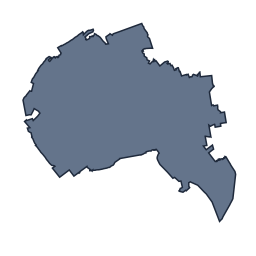 Dundagas pag., Dundagas, Latvia (orthographic projection), rotated 264°
{"feature_id": "27541924B42832973938104", "entity_name": "Dundagas pag.", "entity_type": "district", "adm_level": 2, "iso_a3": "LVA", "parent_name": "Latvia", "parent_adm1": "Dundagas", "projection": "orthographic", "projection_center": [22.38, 57.54], "detail": "fine", "context": "isolated", "style": "filled", "palette": "slate", "viewbox_px": 256, "rotation_deg": 264, "n_neighbors": 0, "source": "geoboundaries", "source_scale": "gbopen_adm2", "svg_char_len": 5537}
<svg xmlns="http://www.w3.org/2000/svg" viewBox="0 0 256 256"><g transform="rotate(264 128 128)"><path d="M85.8,69.2L88.8,74.3L88.2,74.6L88.7,75.4L89.6,75.5L94.1,83.2L93.0,83.4L91.0,85.7L89.6,85.5L89.6,85.9L89.8,86.1L89.7,86.2L90.0,86.4L89.7,86.6L89.6,86.9L89.4,87.1L89.5,87.3L89.3,87.5L89.5,87.5L89.4,87.7L89.5,87.7L89.7,87.9L89.6,88.1L89.7,88.3L89.7,88.5L89.8,88.6L89.5,88.6L89.5,90.0L89.4,90.8L89.6,91.7L89.6,93.6L89.5,94.7L89.9,98.9L90.2,99.7L90.1,100.0L90.2,101.1L90.4,103.0L90.8,104.3L90.7,105.2L91.3,106.6L91.8,107.0L92.7,109.5L93.6,110.3L95.2,111.3L98.3,116.9L98.5,116.8L99.9,136.3L100.0,138.4L99.9,138.4L100.3,139.7L100.5,140.4L101.0,141.4L101.3,142.0L101.3,143.2L102.5,143.6L102.9,146.5L102.9,147.3L102.7,148.5L103.0,148.6L103.3,149.2L103.7,149.9L103.6,150.1L103.7,150.6L103.5,151.0L103.6,151.3L103.2,151.4L103.2,151.5L103.2,151.8L103.2,152.3L103.4,152.4L103.3,152.7L103.6,152.9L103.7,153.2L103.4,153.2L103.5,153.4L103.7,153.9L101.7,155.3L99.7,156.3L99.2,155.7L98.7,155.3L96.7,154.3L95.6,153.9L94.6,153.8L93.2,154.1L89.4,155.5L88.2,156.1L80.0,162.6L73.3,167.4L73.8,168.4L73.7,168.7L73.9,169.0L73.7,169.3L73.8,169.4L69.6,173.1L69.7,175.1L63.4,175.9L62.7,174.9L62.5,173.7L60.8,172.8L60.1,172.1L59.9,172.3L60.3,172.8L59.4,173.2L58.4,176.0L60.0,178.7L59.4,179.3L62.0,182.8L62.3,183.1L63.6,182.4L67.2,182.7L68.0,184.4L67.6,184.8L63.8,191.4L56.4,197.1L54.2,199.0L45.6,203.9L25.5,209.3L27.5,211.6L27.8,212.1L29.7,213.1L41.3,221.4L41.6,221.5L44.2,223.3L46.7,224.9L70.7,230.2L73.6,229.8L80.6,226.2L81.2,226.1L83.0,225.2L89.1,222.4L89.3,222.2L89.3,221.9L89.4,221.6L89.1,221.7L89.0,221.4L88.8,221.4L88.7,221.1L88.4,221.0L88.2,220.8L88.2,220.5L88.5,220.6L88.5,220.2L88.2,220.1L87.8,219.9L87.7,220.3L87.5,219.9L87.5,219.6L87.3,219.5L87.1,219.1L87.4,219.1L87.6,218.4L87.5,218.2L87.5,217.9L87.5,217.4L87.4,217.0L87.5,216.5L87.1,216.5L87.7,215.8L87.6,215.6L87.4,215.8L87.2,215.7L87.6,214.6L87.4,214.4L86.7,214.5L86.4,214.7L86.4,214.4L86.5,213.7L86.2,213.2L85.7,213.1L85.9,212.7L86.0,212.6L85.6,212.5L85.4,212.3L85.4,212.1L85.7,211.9L85.6,211.2L94.8,205.6L97.4,209.8L98.0,210.9L102.2,210.2L98.2,203.5L102.2,201.1L102.4,204.6L111.7,203.9L111.7,204.2L110.6,207.9L110.7,208.0L110.6,208.6L110.8,208.8L110.4,209.5L122.4,208.7L121.1,210.1L122.0,212.3L122.6,214.3L122.4,214.4L122.4,214.6L119.7,214.8L120.1,220.5L122.8,220.4L123.0,222.8L123.1,226.2L133.8,225.6L133.5,221.7L133.7,221.8L134.6,221.7L136.6,219.5L138.4,219.2L139.5,219.5L141.4,219.4L141.1,215.5L142.1,215.0L141.6,213.5L155.3,212.7L158.2,215.2L159.4,216.6L160.3,218.0L161.0,217.8L160.9,217.2L162.7,217.0L162.9,216.7L171.4,216.7L171.4,207.2L171.4,205.3L176.1,205.3L175.9,204.8L175.2,204.4L174.1,203.3L174.0,202.7L173.5,202.7L173.1,203.0L172.4,202.6L173.3,201.2L174.5,198.7L173.8,197.7L173.1,197.5L172.3,197.0L172.3,195.9L172.4,195.6L172.3,195.4L172.2,194.8L171.9,194.6L171.8,194.3L175.2,193.4L174.7,191.8L175.1,191.7L174.2,186.7L178.8,185.7L178.7,185.1L182.7,184.3L182.8,184.0L182.0,181.8L180.9,182.0L180.5,180.2L183.0,179.6L185.8,178.4L185.5,177.3L187.8,176.5L187.5,174.0L188.1,173.6L188.8,174.7L189.9,175.0L190.4,174.4L189.8,171.3L186.4,166.2L191.9,162.9L191.5,161.8L193.3,161.6L193.3,160.6L193.5,160.5L192.5,160.2L191.4,160.1L191.6,159.2L189.4,156.6L190.3,155.1L192.4,156.4L193.8,154.1L195.9,154.0L197.8,151.7L200.0,151.8L200.7,150.8L201.9,150.2L203.2,149.9L203.5,150.6L203.1,151.2L204.4,151.0L205.2,152.7L204.9,153.1L205.2,154.0L205.0,158.8L204.7,160.8L214.8,158.7L216.2,157.4L217.0,157.0L217.3,157.0L218.3,157.5L218.6,157.6L218.9,157.5L219.7,157.1L220.6,157.1L225.0,154.5L225.8,154.3L227.0,154.2L228.2,153.3L230.5,152.6L224.5,128.6L223.2,123.1L221.9,122.2L223.6,120.0L223.4,119.9L221.0,115.6L219.7,115.6L218.7,115.8L213.8,117.4L213.7,116.7L213.8,116.2L213.7,115.6L213.6,115.1L213.6,114.7L213.8,114.5L214.3,114.6L217.0,112.3L221.1,109.8L223.0,107.7L223.1,107.1L224.4,106.1L225.2,104.7L224.9,104.7L222.7,102.9L223.4,102.0L222.6,101.6L222.9,99.4L221.1,99.2L220.7,98.3L219.9,96.0L220.4,95.2L221.4,95.6L221.9,95.4L222.5,95.0L223.1,94.8L223.9,96.1L224.0,96.4L224.4,97.0L225.1,97.6L225.3,98.1L225.8,98.7L227.3,103.1L228.8,103.9L229.9,103.6L229.5,102.1L229.2,100.5L229.3,98.9L228.6,97.4L226.7,94.9L225.4,93.4L227.7,93.4L228.4,93.0L227.6,91.9L225.9,88.7L224.8,87.3L223.7,84.9L221.6,81.7L221.6,81.3L221.4,80.9L220.2,78.7L219.7,77.9L219.3,76.9L219.1,76.2L218.2,74.5L217.6,72.8L217.1,71.9L216.6,70.3L216.9,70.2L215.9,67.9L215.2,66.5L209.5,69.3L208.9,68.8L208.0,68.6L207.5,67.0L206.0,66.4L206.3,65.9L205.5,65.5L206.0,65.0L206.4,64.7L206.0,63.7L205.3,63.0L205.5,62.8L205.8,62.7L206.1,62.8L206.1,62.7L206.4,62.5L206.3,62.4L206.4,62.1L206.2,61.9L206.0,61.4L206.1,61.2L206.3,61.1L202.4,57.1L203.2,56.2L204.1,56.0L205.3,57.8L205.9,58.8L206.2,58.9L207.3,57.0L205.6,53.9L205.3,54.0L204.8,53.5L203.4,52.3L202.5,51.2L200.7,49.8L199.5,48.1L196.6,45.5L194.6,44.2L194.4,44.6L191.5,41.8L188.4,39.7L186.7,38.0L183.5,36.5L182.1,38.7L174.6,35.9L174.7,35.2L174.9,34.7L175.3,34.3L173.3,32.3L172.7,31.8L171.9,30.9L170.2,29.6L170.2,29.3L169.0,27.8L166.7,26.5L151.1,27.8L151.5,31.4L151.2,33.0L155.3,35.7L157.1,36.7L154.0,40.8L153.1,41.2L152.0,42.0L149.2,39.4L145.3,34.5L147.3,33.9L146.0,27.8L146.6,27.7L145.3,25.8L138.6,30.4L138.4,27.9L135.1,28.6L133.1,31.3L132.2,31.2L129.6,31.6L129.6,31.4L129.0,31.2L127.1,32.3L124.0,33.2L122.6,33.7L120.7,34.9L120.2,34.3L120.1,34.5L117.8,36.1L116.6,36.7L114.5,38.0L113.1,38.7L110.6,40.6L107.3,42.7L105.2,43.7L103.0,45.2L101.1,46.3L99.1,48.0L98.8,48.4L98.4,50.2L98.2,50.6L97.6,51.3L96.0,48.6L86.2,54.9L92.4,65.2L85.8,69.2Z" fill="#64748b" stroke="#1e293b" stroke-width="1.5"/></g></svg>